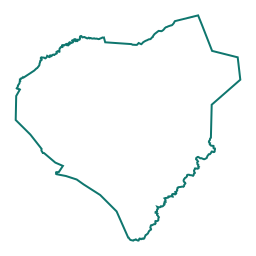 Danli, El Paraíso, Honduras
{"feature_id": "27666195B70228202857481", "entity_name": "Danli", "entity_type": "district", "adm_level": 2, "iso_a3": "HND", "parent_name": "Honduras", "parent_adm1": "El Paraíso", "projection": "orthographic", "projection_center": [-86.384, 14.061], "detail": "fine", "context": "isolated", "style": "outline", "palette": "teal", "viewbox_px": 256, "rotation_deg": 0, "n_neighbors": 0, "source": "geoboundaries", "source_scale": "gbopen_adm2", "svg_char_len": 5660}
<svg xmlns="http://www.w3.org/2000/svg" viewBox="0 0 256 256"><path d="M42.8,153.0L44.1,153.1L55.3,162.6L62.9,165.9L58.8,172.1L58.3,171.9L57.5,172.4L56.9,172.1L56.4,172.1L56.1,172.3L56.0,172.8L56.3,173.5L56.1,173.9L56.5,174.2L65.9,176.0L76.7,179.5L83.6,184.4L100.2,195.0L116.6,211.4L128.2,237.6L128.6,237.6L130.0,239.6L130.7,240.0L133.2,240.6L133.5,240.5L134.1,239.9L135.4,239.8L135.7,239.4L135.9,239.4L136.9,240.1L137.8,240.5L138.1,240.6L138.6,240.5L139.4,238.7L139.7,238.5L139.9,238.5L140.7,239.1L141.1,239.2L141.7,239.0L142.2,238.5L142.5,238.6L143.0,238.9L143.4,238.5L143.9,238.6L144.0,238.4L144.3,238.3L145.6,235.1L145.9,234.9L146.4,234.8L147.4,233.8L147.9,233.5L148.6,231.9L149.2,230.9L150.3,230.0L151.0,229.6L151.1,229.1L150.4,227.8L150.3,227.3L150.6,226.9L150.7,226.0L151.0,225.3L151.5,225.1L152.4,225.1L153.3,224.5L153.9,224.2L154.6,224.2L155.0,224.2L155.6,223.4L155.3,222.3L155.4,221.1L155.6,221.0L156.6,221.2L157.0,221.1L158.0,220.6L158.3,220.2L158.4,218.2L158.9,217.2L158.1,216.4L157.8,215.6L157.3,215.2L157.0,214.9L157.0,214.5L157.5,213.6L156.0,212.9L155.7,212.8L155.9,212.3L155.6,212.0L155.7,211.9L156.2,212.0L156.4,211.7L156.9,211.7L157.1,211.3L157.0,209.9L157.2,209.4L157.9,208.9L157.5,207.2L157.3,206.8L158.2,207.1L158.7,207.5L159.2,207.3L160.4,207.1L160.7,206.4L161.0,206.2L161.3,206.3L161.5,206.5L161.9,206.5L162.6,206.3L163.3,205.8L163.6,205.3L164.3,204.8L164.3,204.5L164.5,204.2L164.2,204.1L164.0,203.9L164.2,203.5L164.2,203.1L164.6,202.8L164.8,202.4L164.6,201.8L164.7,201.5L165.4,201.6L165.2,201.1L165.6,200.8L165.4,199.7L165.1,199.2L164.9,198.6L164.6,198.3L165.4,198.0L166.8,197.9L168.1,197.6L168.6,197.1L168.4,196.5L168.7,196.4L169.0,196.4L169.3,196.6L169.5,196.7L170.0,196.3L170.8,196.3L171.5,195.9L172.3,196.6L172.7,196.6L172.1,194.8L172.1,194.5L172.4,194.1L173.4,193.9L174.0,194.0L174.3,193.8L174.7,194.0L175.1,194.4L175.8,194.0L175.9,193.6L176.2,193.3L175.5,192.2L175.4,191.9L176.4,191.7L176.8,190.9L177.2,190.5L177.0,189.5L177.2,189.0L177.7,188.4L177.6,187.7L178.4,187.2L180.9,186.9L182.1,186.6L182.5,186.6L183.3,186.8L184.0,186.2L184.1,185.9L184.3,184.6L185.3,183.6L185.4,183.4L185.1,182.7L183.9,181.7L183.6,180.7L183.7,180.1L184.0,179.2L184.5,178.8L185.0,177.9L186.2,177.3L186.9,176.4L187.1,175.9L187.0,175.3L187.2,175.0L187.5,174.8L189.0,174.7L189.8,175.1L191.8,175.3L193.0,175.8L193.6,175.1L193.8,174.2L194.0,173.5L194.7,173.2L194.9,172.9L194.1,171.4L194.0,170.8L194.1,170.3L194.9,169.2L194.9,168.5L195.4,168.4L197.6,168.7L198.5,168.3L198.4,167.2L198.9,166.8L198.1,165.9L198.3,164.8L197.4,164.1L197.4,163.3L197.2,162.4L198.0,161.4L197.2,160.4L197.1,160.1L196.1,159.3L196.1,158.6L196.4,157.8L196.9,157.6L197.5,157.0L198.1,156.9L199.5,157.7L200.3,158.3L201.5,158.2L203.5,159.1L204.1,159.2L204.7,159.1L206.7,158.0L207.4,156.1L208.0,155.4L208.6,154.4L208.9,154.2L209.4,154.3L209.9,154.2L211.2,152.6L211.5,151.8L211.7,151.5L212.1,151.5L213.2,152.0L213.6,152.1L214.2,152.0L214.6,151.6L214.7,151.1L214.7,150.3L215.0,149.3L215.0,148.8L214.9,148.5L213.9,148.4L213.6,148.2L213.5,147.9L213.5,146.9L213.4,146.6L213.6,146.2L213.5,145.9L211.3,145.7L211.0,145.6L210.6,145.1L209.8,144.5L209.7,144.1L210.0,143.2L209.5,143.0L208.9,142.0L208.9,141.7L209.1,141.3L209.2,140.8L209.8,140.2L210.1,138.6L210.9,137.7L211.7,104.7L240.3,79.7L237.7,57.3L236.4,57.0L212.1,50.9L202.1,25.3L198.1,15.4L175.0,21.1L174.6,21.5L174.1,22.6L173.6,23.4L172.3,24.9L171.7,25.3L171.3,25.3L168.3,26.3L167.1,26.9L166.0,27.2L164.6,28.3L164.3,28.9L163.3,30.0L161.9,31.0L161.2,31.2L160.0,31.0L158.6,30.9L154.6,34.0L153.2,35.8L152.8,37.0L151.8,37.5L151.4,38.2L150.5,39.1L148.6,39.4L147.4,40.1L146.1,40.6L144.9,41.2L143.1,42.3L142.0,43.6L141.2,44.2L138.7,43.0L137.1,44.7L136.8,44.9L136.0,44.9L132.5,44.7L131.4,44.1L105.2,42.3L103.9,37.5L103.2,37.7L102.4,37.5L101.9,37.8L101.5,38.1L100.7,38.3L100.4,38.5L99.9,38.6L99.4,39.0L98.4,39.1L96.7,38.6L95.7,38.7L94.7,38.6L94.1,38.3L93.0,38.6L91.8,38.5L90.7,38.0L90.4,38.0L89.8,38.4L89.5,38.2L89.3,37.9L88.7,37.7L88.0,38.2L87.7,38.4L87.1,38.2L86.5,38.2L85.9,37.7L85.1,37.5L84.7,37.1L84.2,37.0L82.4,37.4L81.9,36.9L81.5,36.2L81.1,36.0L80.4,36.2L80.0,36.7L79.9,37.2L80.0,38.7L79.6,39.6L79.2,39.8L78.1,39.6L77.8,39.7L77.6,40.8L77.4,41.1L76.8,41.0L75.7,41.2L75.3,41.1L75.1,40.8L75.8,40.1L75.9,39.8L75.8,39.4L75.4,39.2L74.3,39.2L74.2,39.3L74.1,40.3L73.9,40.5L73.6,40.6L73.2,40.3L72.6,40.2L72.1,40.5L72.2,40.9L73.1,41.8L73.0,42.1L72.8,42.4L71.0,43.1L70.4,42.9L69.9,42.2L69.5,42.3L68.8,43.1L69.5,43.5L69.6,44.2L68.9,44.6L68.3,45.3L67.7,45.1L67.2,45.3L66.9,45.2L67.1,44.2L66.8,43.9L66.1,44.1L66.1,44.6L64.9,44.8L64.3,45.4L64.0,45.4L63.2,45.0L62.2,45.2L62.0,45.4L62.0,45.6L62.7,46.3L62.5,47.0L62.2,47.1L61.5,46.9L60.8,47.1L60.5,47.4L60.3,48.0L59.8,48.3L59.6,48.7L59.4,50.4L59.5,51.5L59.4,51.8L59.0,51.8L58.1,51.1L57.5,51.2L56.4,52.1L56.9,53.0L56.8,53.4L54.9,54.4L54.3,55.0L54.0,55.0L53.5,54.6L52.7,54.8L52.3,55.0L51.9,55.7L51.5,56.1L51.1,55.9L50.6,55.4L50.1,55.4L49.8,55.7L50.1,56.4L50.0,56.7L49.6,57.1L48.4,56.8L47.4,55.9L47.2,55.8L46.9,56.7L45.9,58.0L45.5,58.3L45.1,58.3L44.0,57.6L42.8,57.6L41.5,57.3L41.1,57.5L40.8,57.9L40.8,58.3L41.2,58.9L41.7,59.5L41.7,59.8L41.3,60.3L40.4,60.6L40.4,61.1L40.1,61.6L40.0,62.6L39.6,63.3L39.4,65.0L39.2,65.5L37.2,68.1L36.5,68.4L34.2,70.6L23.7,77.5L23.2,77.2L23.0,77.7L22.4,77.7L22.2,78.0L21.7,78.2L21.3,78.6L20.7,78.6L20.5,79.2L20.0,79.4L20.1,79.7L19.8,80.2L20.0,80.9L20.2,81.1L19.7,81.6L19.6,82.9L19.3,83.3L19.2,83.8L18.8,84.2L18.2,85.1L18.1,85.4L17.9,85.6L17.9,86.5L17.8,86.8L16.7,88.3L17.1,88.7L17.9,88.8L18.5,89.1L19.2,89.1L19.9,89.5L16.2,96.0L15.7,120.0L30.4,134.6L41.6,148.9L41.4,149.8L41.4,150.4L41.7,151.1L42.1,151.6L42.2,152.0L42.6,152.4L42.8,153.0Z" fill="none" stroke="#0f766e" stroke-width="2"/></svg>